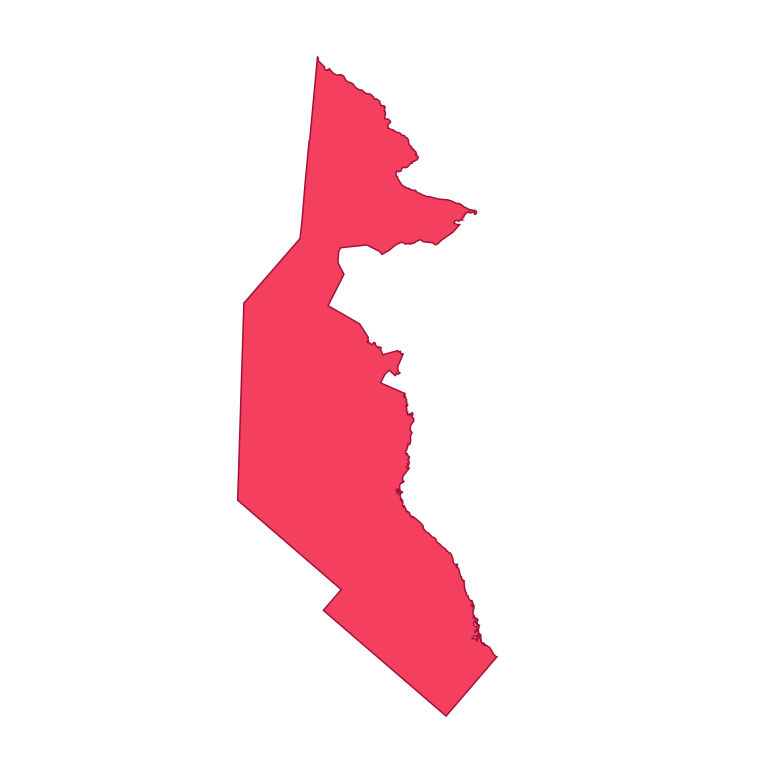 Whyalla, South Australia, Australia (Albers equal-area conic projection), rotated 311°
{"feature_id": "25037944B64884179183706", "entity_name": "Whyalla", "entity_type": "district", "adm_level": 2, "iso_a3": "AUS", "parent_name": "Australia", "parent_adm1": "South Australia", "projection": "albers", "projection_center": [137.585, -33.046], "detail": "fine", "context": "isolated", "style": "filled", "palette": "rose", "viewbox_px": 768, "rotation_deg": 311, "n_neighbors": 0, "source": "geoboundaries", "source_scale": "gbopen_adm2", "svg_char_len": 6171}
<svg xmlns="http://www.w3.org/2000/svg" viewBox="0 0 768 768"><g transform="rotate(311 384 384)"><path d="M252.3,648.2L251.7,646.9L252.1,643.6L254.5,636.7L253.7,631.3L253.3,632.3L253.0,632.1L254.1,628.5L253.6,629.4L253.3,628.5L252.6,629.5L252.6,627.2L253.7,625.4L254.2,625.0L254.1,625.8L257.1,622.4L254.9,623.6L254.9,622.9L256.1,620.8L254.0,620.1L253.4,620.4L252.6,622.3L250.7,622.6L250.8,622.0L252.4,621.5L252.6,620.6L252.1,619.8L250.7,619.0L249.2,617.0L250.7,617.9L252.5,617.3L254.4,619.1L257.2,620.1L257.1,620.4L257.6,620.5L257.4,622.0L257.8,622.2L258.2,621.7L258.1,619.1L260.5,616.4L259.2,616.0L258.6,616.5L257.8,615.8L256.5,615.9L256.3,615.2L260.1,614.7L260.7,615.0L260.2,615.7L260.8,616.2L264.3,614.3L263.4,613.9L264.3,612.9L264.0,611.6L263.3,611.8L262.8,612.9L261.8,613.0L260.8,612.3L260.7,611.6L261.2,609.9L262.2,608.5L264.7,608.0L265.2,608.5L263.8,610.0L264.4,609.9L265.0,611.0L265.7,610.1L267.4,609.9L268.0,608.6L267.7,607.6L267.3,607.6L267.6,605.9L266.0,607.1L267.0,605.4L266.2,604.6L268.2,604.2L268.9,601.4L270.9,600.8L271.3,599.7L272.7,599.6L275.6,597.6L276.2,596.2L275.6,596.5L275.0,595.9L274.0,596.6L274.1,595.2L274.3,594.9L275.5,595.6L278.0,593.4L278.0,592.4L277.1,592.5L277.3,590.3L278.0,588.2L279.2,586.5L278.8,585.8L279.6,583.9L280.4,583.3L280.6,581.8L281.6,581.1L282.0,579.7L286.7,574.7L287.2,573.2L287.9,573.7L287.9,570.3L289.4,568.7L289.2,567.9L293.7,561.3L293.8,559.1L296.2,557.6L295.7,557.2L292.8,559.8L294.7,557.0L294.4,553.9L297.5,550.4L299.6,546.5L299.5,545.5L299.9,545.0L299.1,543.7L299.5,541.4L299.0,541.2L299.9,538.0L299.3,534.7L299.8,531.3L299.3,527.6L301.1,524.5L301.0,522.6L300.2,520.9L300.7,514.6L300.0,513.2L300.7,508.8L302.7,506.2L303.2,502.7L303.1,493.8L302.3,491.4L301.9,493.0L301.7,492.8L302.0,490.4L302.8,489.0L302.5,488.4L303.4,487.8L303.4,485.5L302.9,485.8L302.5,484.3L303.8,482.6L305.7,478.5L304.7,479.3L304.0,480.9L303.9,479.0L305.2,476.8L306.5,476.4L307.8,475.0L307.1,474.5L307.6,473.9L307.2,472.6L307.6,472.5L308.5,473.3L308.6,472.2L310.1,469.5L311.1,468.9L310.6,467.8L310.9,466.0L310.1,464.0L312.5,466.1L312.8,464.8L313.4,464.2L311.9,462.9L313.0,462.7L313.6,463.2L314.3,464.5L313.2,466.4L313.7,468.0L312.4,466.9L312.3,468.2L311.8,468.7L314.5,468.6L314.1,466.9L314.3,465.6L318.0,462.1L320.0,461.9L322.2,462.9L323.5,462.9L323.1,462.3L321.9,462.4L321.8,461.9L323.4,462.0L324.5,460.2L327.3,458.7L337.0,458.3L337.1,457.5L335.9,457.1L335.6,456.5L336.2,455.2L337.6,455.6L339.2,454.6L338.6,455.9L340.2,455.3L342.0,453.8L342.6,452.4L342.5,451.4L344.2,451.8L345.7,451.1L345.4,450.1L346.0,448.8L345.3,447.3L346.8,447.1L346.2,445.6L347.8,444.1L349.0,444.5L349.8,443.7L351.0,443.5L351.4,442.7L352.4,443.0L354.3,441.4L354.4,442.1L355.1,442.2L355.1,443.0L357.1,442.4L359.9,440.3L361.7,438.2L365.6,437.1L366.6,433.8L368.8,432.0L371.9,431.0L375.4,430.8L376.5,430.1L377.5,428.3L377.0,428.1L377.6,428.1L377.4,427.2L377.7,426.5L380.3,425.5L380.9,424.2L379.8,423.8L378.4,425.2L378.8,424.5L378.8,423.5L378.4,423.2L377.3,423.8L377.5,422.5L376.4,422.3L377.0,420.9L378.6,420.2L378.6,418.2L380.5,417.3L381.7,414.9L382.7,416.0L383.3,415.4L383.9,415.5L383.9,415.0L383.1,414.5L385.6,412.8L385.5,412.0L386.8,411.6L387.3,410.8L387.4,409.5L388.5,408.7L388.5,408.0L387.4,407.9L387.4,407.0L388.3,406.4L388.5,407.5L390.6,406.3L382.6,380.7L391.8,378.3L397.8,378.8L397.7,387.0L399.2,387.0L400.1,386.2L400.0,387.0L401.0,388.5L403.4,388.9L402.8,388.5L402.7,387.1L403.2,385.8L404.0,385.4L404.6,384.2L406.0,383.0L419.2,378.8L419.2,378.3L417.7,377.6L419.4,374.7L417.5,373.7L418.2,372.5L405.4,363.9L405.6,363.0L407.1,360.7L407.2,359.3L409.6,357.9L408.6,355.8L407.5,356.2L408.0,350.9L408.9,350.8L409.1,349.5L408.2,349.3L408.1,349.8L408.2,349.0L405.6,349.0L405.6,344.9L404.7,344.8L404.8,343.5L406.8,343.7L408.1,341.5L408.9,341.5L413.2,327.0L413.2,325.4L406.4,290.4L440.5,281.8L445.3,269.7L454.0,263.0L458.4,261.9L477.6,279.7L481.2,293.7L480.5,297.5L488.4,300.2L496.3,301.5L501.9,303.8L503.0,305.0L503.6,308.2L505.7,309.9L506.6,311.7L507.4,311.7L507.6,312.7L509.1,313.3L510.1,314.3L512.8,314.8L516.7,316.7L517.1,317.6L517.0,320.0L522.1,327.5L522.7,328.9L522.5,330.3L523.0,331.8L525.5,332.7L529.5,332.9L544.0,336.4L553.9,336.5L553.5,335.6L552.4,335.2L551.7,332.3L551.1,331.6L553.0,330.4L555.0,331.2L555.8,333.4L556.9,334.1L558.8,334.3L558.9,335.4L559.4,335.7L559.1,334.8L560.8,334.0L562.0,334.8L564.2,333.7L565.0,334.1L566.1,333.6L567.0,333.9L569.3,335.2L569.7,335.9L569.6,337.1L571.0,337.4L572.4,338.7L572.5,339.5L571.5,340.9L571.8,341.5L573.5,341.7L574.6,340.8L574.1,339.9L574.3,339.2L574.8,339.3L574.6,338.4L573.1,336.8L572.5,335.1L571.3,334.2L571.6,333.7L570.0,327.3L570.1,324.9L569.4,322.1L567.6,319.8L566.6,315.4L564.9,311.5L559.2,303.6L555.1,295.2L553.4,293.2L552.9,291.2L551.8,288.8L551.4,285.9L550.7,284.8L550.4,281.1L550.8,280.9L550.3,279.7L549.8,279.7L548.9,278.4L548.1,275.9L548.1,274.8L546.5,271.9L546.6,270.5L545.9,267.4L546.6,264.0L547.6,261.9L547.5,260.6L549.4,257.8L549.2,256.0L552.7,254.0L553.1,254.0L553.9,255.9L554.6,255.8L555.6,257.0L558.6,256.1L560.3,256.3L561.1,258.1L563.3,259.4L567.9,259.3L569.0,260.5L571.0,259.7L572.2,260.9L573.6,261.0L574.8,261.8L577.5,261.4L578.2,258.8L577.5,257.3L578.9,257.5L580.1,255.6L579.9,254.7L580.5,252.1L579.9,250.5L581.1,249.3L581.1,246.5L581.6,245.1L583.8,242.7L584.8,240.6L584.3,238.2L584.9,236.5L583.6,234.6L583.9,231.4L581.8,227.2L582.0,224.7L580.5,221.7L580.6,220.6L579.6,219.2L582.7,216.7L585.4,217.2L586.5,216.7L586.7,213.3L584.7,210.9L585.9,209.4L588.8,207.9L589.9,206.9L590.4,206.0L590.3,205.0L591.6,204.5L592.5,203.3L593.5,203.4L594.0,201.7L592.1,199.0L593.0,198.0L593.1,196.4L594.2,196.0L594.6,194.8L594.1,190.9L592.8,190.2L593.8,186.8L593.7,183.4L591.3,179.6L591.3,174.3L590.0,172.9L589.5,171.6L589.5,169.6L589.0,168.7L590.1,163.7L589.8,161.9L588.5,158.9L588.3,157.0L588.5,154.6L589.3,153.5L589.8,151.9L589.5,149.5L589.1,148.5L586.2,145.8L585.7,144.7L585.3,140.9L586.0,135.8L584.8,136.3L584.2,135.1L583.3,135.4L582.7,133.4L582.8,132.2L584.1,131.4L584.3,130.5L584.9,122.5L585.9,121.3L586.9,120.9L587.1,119.3L519.5,167.8L518.5,167.9L485.9,191.2L452.5,215.7L438.7,225.2L353.1,225.2L200.3,349.8L200.8,486.6L173.4,486.7L174.1,648.7L252.3,648.2Z" fill="#f43f5e" stroke="#9f1239" stroke-width="1.5"/></g></svg>